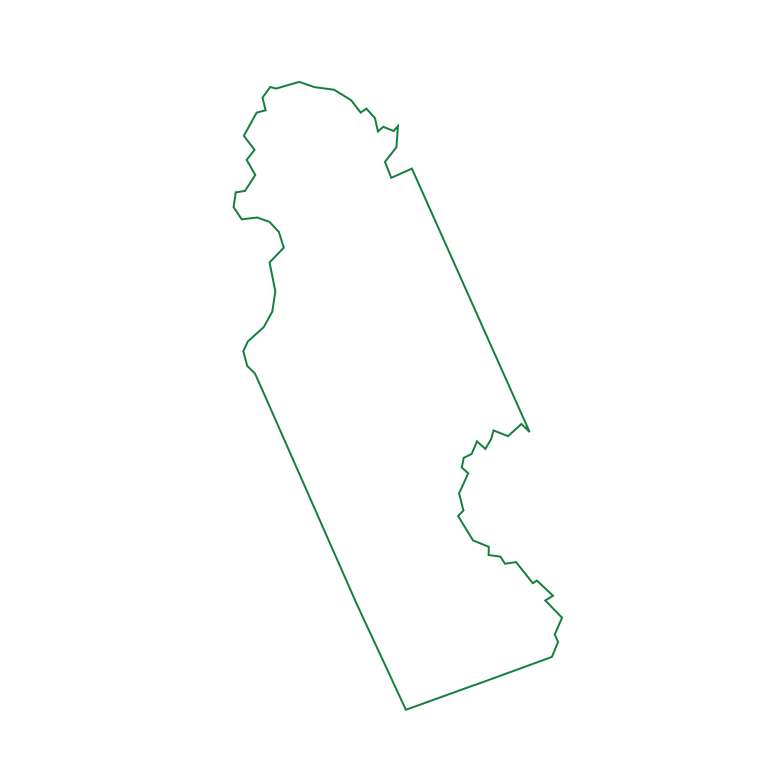 Columbia, Florida, United States of America, rotated 156°
{"feature_id": "52423323B5286931917033", "entity_name": "Columbia", "entity_type": "district", "adm_level": 2, "iso_a3": "USA", "parent_name": "United States of America", "parent_adm1": "Florida", "projection": "natural_earth1", "projection_center": [-82.645, 30.212], "detail": "fine", "context": "isolated", "style": "outline", "palette": "green", "viewbox_px": 768, "rotation_deg": 156, "n_neighbors": 0, "source": "geoboundaries", "source_scale": "gbopen_adm2", "svg_char_len": 1101}
<svg xmlns="http://www.w3.org/2000/svg" viewBox="0 0 768 768"><g transform="rotate(156 384 384)"><path d="M412.7,71.3L341.6,66.4L329.9,77.5L329.9,85.7L316.4,98.1L324.7,120.6L315.7,121.8L324.3,142.3L329.1,141.5L335.8,167.6L346.6,170.6L347.8,178.9L358.0,185.2L354.5,192.6L366.3,204.9L370.0,233.3L362.9,236.1L359.9,253.5L343.4,268.2L346.9,276.1L341.2,284.1L332.3,284.5L322.4,293.7L317.8,283.5L308.5,290.1L302.8,297.0L291.9,285.9L274.7,291.6L270.5,280.9L270.9,569.4L293.5,569.4L292.8,586.5L276.3,595.3L266.4,613.9L272.3,611.2L280.0,619.2L286.8,617.2L284.1,630.7L288.1,642.8L294.9,641.4L298.6,656.6L309.9,673.1L326.9,683.6L338.6,694.5L362.4,697.8L367.1,701.6L378.5,695.0L380.8,682.2L390.0,683.7L411.1,667.7L407.0,650.6L418.3,644.6L416.6,627.3L432.5,616.9L441.5,619.4L449.5,606.7L447.0,592.3L432.1,587.7L422.7,578.7L418.2,565.6L420.1,549.3L439.1,541.6L445.6,512.8L456.6,495.6L470.7,484.9L491.0,478.3L499.2,471.2L501.6,456.2L497.6,445.9L497.6,422.7L498.4,193.9L496.5,77.5L452.5,74.3L444.9,73.7L438.9,73.3L433.5,72.9L425.1,72.3L422.6,72.0L412.7,71.3Z" fill="none" stroke="#15803d" stroke-width="2"/></g></svg>